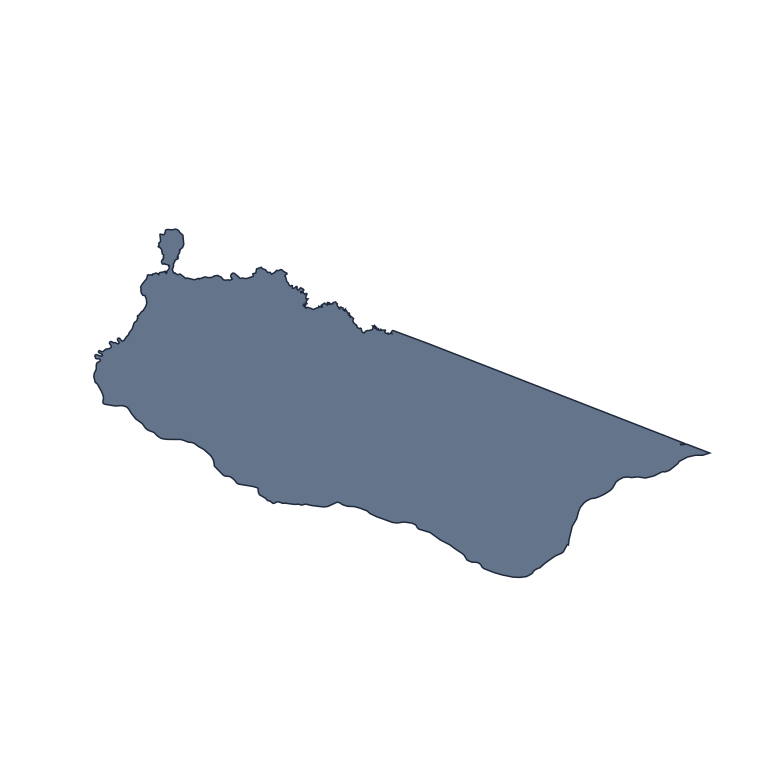 Yondó (Casabe), Antioquia, Colombia (orthographic projection), rotated 63°
{"feature_id": "7082276B5745739675661", "entity_name": "Yondó (Casabe)", "entity_type": "district", "adm_level": 2, "iso_a3": "COL", "parent_name": "Colombia", "parent_adm1": "Antioquia", "projection": "orthographic", "projection_center": [-74.31, 6.963], "detail": "fine", "context": "isolated", "style": "filled", "palette": "slate", "viewbox_px": 768, "rotation_deg": 63, "n_neighbors": 0, "source": "geoboundaries", "source_scale": "gbopen_adm2", "svg_char_len": 6170}
<svg xmlns="http://www.w3.org/2000/svg" viewBox="0 0 768 768"><g transform="rotate(63 384 384)"><path d="M340.4,351.7L340.4,352.7L341.1,353.9L342.8,354.2L341.6,355.2L341.8,356.7L341.4,357.7L340.5,357.3L339.9,359.1L339.1,359.7L337.6,359.6L337.2,358.5L336.5,358.4L335.2,361.2L333.9,361.9L334.8,362.6L333.6,364.3L332.7,363.7L332.2,363.8L332.5,365.3L332.2,365.8L330.7,365.1L330.8,366.2L330.4,366.6L329.7,365.3L327.4,365.9L327.5,366.4L328.7,366.4L329.1,366.8L327.7,367.0L327.1,367.9L328.3,367.9L329.8,369.1L330.3,370.4L329.7,371.5L329.8,372.9L328.9,374.1L328.6,376.6L329.5,378.3L328.2,379.6L327.2,379.9L324.4,379.2L323.5,379.7L323.5,380.8L321.6,382.1L319.0,381.7L318.1,382.4L315.2,383.3L313.7,383.1L311.8,381.4L309.3,382.5L309.1,383.7L308.0,383.0L306.8,384.2L306.1,382.9L305.2,382.8L304.9,383.0L305.4,383.5L305.2,383.9L303.7,384.2L301.4,384.0L301.1,385.7L299.6,384.5L299.8,386.5L298.9,386.6L297.8,386.0L296.0,387.4L295.7,388.1L296.9,389.0L296.9,389.5L292.6,390.1L291.3,389.2L290.3,389.8L289.0,389.8L288.3,392.4L289.3,393.6L288.7,394.3L288.4,396.5L287.9,397.1L287.4,395.7L286.8,395.7L285.7,397.4L287.7,398.8L284.9,400.3L285.4,404.2L286.9,403.8L287.5,404.3L285.1,406.9L286.1,407.2L286.2,407.7L285.7,409.4L285.6,412.6L285.0,413.7L283.3,414.9L280.7,417.7L281.0,419.1L277.1,420.2L276.5,419.4L276.6,418.7L278.5,419.3L279.0,419.1L278.7,418.4L277.3,417.6L277.5,416.1L275.4,416.5L273.7,413.0L272.8,414.5L272.1,414.8L270.1,413.4L269.1,411.9L268.3,411.7L268.0,412.3L268.0,413.9L265.9,414.4L265.3,416.2L264.7,416.8L263.9,416.3L264.9,414.3L263.9,412.8L263.2,412.7L260.5,414.4L260.7,416.1L261.4,417.1L261.3,418.2L259.2,418.3L258.4,417.4L257.6,417.4L257.3,417.9L257.8,420.2L257.5,421.6L256.7,422.1L254.9,421.0L254.3,421.5L254.2,422.7L253.5,423.5L252.1,423.7L250.7,423.4L248.4,424.1L243.8,423.0L242.6,423.3L242.0,422.0L242.0,420.6L241.2,420.2L238.2,422.3L235.8,423.2L235.2,424.0L235.0,426.9L233.9,428.1L234.9,430.5L235.2,434.3L232.8,434.8L231.6,437.2L228.4,437.7L226.0,440.0L224.3,440.3L223.6,445.3L226.8,447.8L226.3,450.9L228.1,451.2L228.6,451.9L227.9,457.5L226.8,460.3L225.6,461.4L224.5,464.4L221.5,465.3L217.3,467.2L216.5,468.4L216.9,470.3L217.9,471.3L219.5,471.9L221.6,471.6L221.7,474.0L220.5,475.5L219.4,478.3L218.3,479.7L214.8,480.5L211.7,483.0L210.6,486.4L210.9,488.8L209.4,492.5L207.6,494.3L206.9,496.9L207.1,498.1L206.4,500.1L206.6,500.9L205.7,501.2L205.1,505.5L200.1,511.4L200.0,512.7L193.8,515.5L193.2,516.5L193.0,518.1L191.4,519.4L190.3,519.6L189.5,521.1L185.3,520.5L185.0,519.5L183.1,517.7L181.4,517.2L180.4,515.3L179.1,514.2L178.7,513.2L179.1,511.7L178.6,510.4L177.4,510.8L177.4,509.6L176.4,509.9L174.1,506.4L172.8,505.9L172.6,505.1L171.7,505.2L171.0,501.6L168.7,499.0L160.1,495.6L156.4,497.1L154.0,497.3L152.1,498.5L151.0,500.2L150.6,502.5L148.0,506.8L147.7,508.1L148.0,509.1L149.4,510.0L150.9,511.8L150.9,512.7L148.9,515.3L149.0,515.8L155.1,518.1L155.8,519.0L156.2,520.7L158.5,521.7L159.0,522.8L159.7,522.6L160.3,521.7L161.8,521.6L162.7,521.2L164.5,521.3L165.0,521.9L166.6,522.0L167.3,522.5L169.1,521.7L170.3,522.8L171.5,523.0L171.9,524.0L172.6,524.1L172.8,525.5L173.4,526.3L174.6,527.0L176.2,527.1L176.9,526.6L177.0,525.0L177.7,524.9L179.8,522.2L180.3,522.3L181.1,521.7L181.4,522.3L182.1,522.1L183.7,523.2L185.2,526.5L186.4,527.0L186.7,527.8L185.0,528.3L184.7,527.2L184.0,528.1L184.2,529.0L182.9,533.3L184.3,535.1L183.8,535.5L183.2,535.1L181.5,537.0L181.5,539.1L180.9,540.3L181.8,541.3L180.8,542.2L180.3,543.9L179.6,544.5L179.7,545.4L182.4,547.6L184.9,553.4L186.3,555.8L187.7,557.1L188.6,557.1L190.1,558.1L192.5,558.9L195.4,558.7L196.7,556.9L200.6,557.2L204.6,558.9L206.9,561.4L209.3,565.3L209.5,567.3L211.4,571.3L211.3,572.5L212.0,573.2L213.6,573.2L213.9,574.3L215.4,575.4L215.8,578.1L216.4,579.2L220.7,583.5L222.6,587.7L224.3,589.6L224.9,592.0L227.2,596.0L226.8,598.1L223.7,598.7L222.7,599.3L222.5,600.3L223.0,601.2L224.5,601.5L226.6,601.0L227.3,601.5L227.5,602.4L227.1,603.2L225.1,604.6L224.3,606.4L222.5,607.5L222.0,608.5L222.2,609.5L223.1,610.2L225.8,609.8L227.3,610.3L227.7,611.0L227.6,613.7L226.6,615.8L227.5,619.7L227.2,620.7L225.0,622.4L225.2,623.4L225.8,623.9L226.9,623.7L229.5,621.8L230.7,621.8L231.0,622.3L230.4,624.0L227.4,626.6L226.9,628.0L228.0,629.0L230.1,629.3L231.0,628.8L232.4,626.2L233.3,625.8L234.2,626.1L234.7,627.1L234.7,629.6L235.3,630.7L236.7,631.9L240.1,633.6L243.1,637.5L245.7,639.2L251.3,640.6L253.9,639.4L261.9,639.1L266.1,639.4L268.8,640.1L272.5,642.7L274.0,642.9L275.4,641.8L281.7,633.3L283.9,628.0L285.8,625.4L287.9,623.6L290.2,622.9L296.0,622.4L302.6,621.0L309.4,617.4L315.3,616.5L318.2,615.1L322.6,611.0L327.4,609.5L330.9,607.5L332.5,605.9L335.1,602.0L341.1,590.4L343.4,587.9L346.8,585.0L348.8,581.9L350.6,580.1L355.6,577.6L360.3,574.4L368.3,571.2L370.9,570.6L374.1,570.6L375.9,570.9L380.1,572.4L392.0,568.7L393.8,567.5L396.1,563.9L397.4,562.7L401.3,560.9L405.6,560.1L407.2,559.0L415.5,547.7L418.8,544.1L419.8,543.7L423.4,545.1L426.2,545.2L431.9,541.5L434.9,540.7L436.8,538.6L440.0,537.1L440.5,535.4L440.4,533.1L441.1,531.5L444.3,528.4L445.7,525.6L450.6,518.5L452.3,514.7L454.5,512.4L455.4,508.4L459.6,503.4L466.1,493.7L467.6,489.8L468.0,479.7L469.2,477.8L473.0,475.5L476.6,471.8L479.6,466.3L483.7,461.8L489.5,456.6L492.9,455.4L498.7,451.0L511.1,439.4L513.8,435.5L515.9,429.1L520.6,422.3L523.9,419.7L527.4,419.5L529.1,418.9L537.2,410.4L548.6,404.6L557.3,398.3L562.5,395.8L570.8,391.1L573.2,390.3L578.3,390.0L579.6,389.2L582.6,386.6L585.2,382.1L586.2,381.2L587.5,380.3L589.1,379.8L591.5,379.8L593.8,378.8L602.0,371.5L607.4,365.8L614.6,356.8L618.0,350.8L620.2,344.8L620.3,342.6L620.1,338.3L618.3,334.6L618.1,331.3L618.5,328.6L616.7,321.5L615.2,311.5L615.0,308.7L615.4,302.6L614.9,300.3L610.3,293.7L611.2,292.8L606.3,289.5L596.3,280.9L591.4,273.4L586.1,268.6L583.2,265.3L581.8,262.3L580.6,259.4L580.1,256.3L580.1,251.8L581.6,247.5L582.1,243.0L582.2,237.4L581.6,231.0L580.5,227.6L576.5,221.5L575.9,217.5L575.9,213.2L577.6,208.8L579.7,206.1L581.9,200.2L586.5,193.7L588.5,185.0L588.5,175.9L590.0,173.2L590.5,168.8L588.4,158.6L587.0,156.1L586.8,146.9L588.8,139.1L592.2,132.3L593.4,125.1L575.0,141.6L573.0,147.1L572.2,147.0L573.2,145.7L573.2,144.5L573.9,142.7L368.7,325.7L340.4,351.7Z" fill="#64748b" stroke="#1e293b" stroke-width="1.5"/></g></svg>